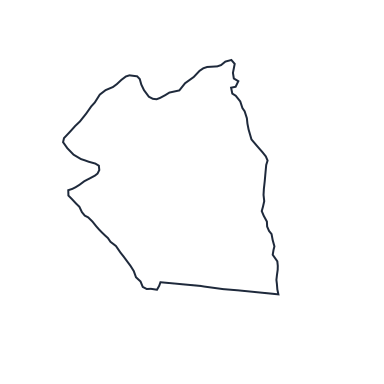 Santa Mônica, Paraná, Brazil, rotated 147°
{"feature_id": "56859067B36608698107987", "entity_name": "Santa Mônica", "entity_type": "district", "adm_level": 2, "iso_a3": "BRA", "parent_name": "Brazil", "parent_adm1": "Paraná", "projection": "robinson", "projection_center": [-53.11, -23.144], "detail": "fine", "context": "isolated", "style": "outline", "palette": "slate", "viewbox_px": 384, "rotation_deg": 147, "n_neighbors": 0, "source": "geoboundaries", "source_scale": "gbopen_adm2", "svg_char_len": 1681}
<svg xmlns="http://www.w3.org/2000/svg" viewBox="0 0 384 384"><g transform="rotate(147 192 192)"><path d="M175.3,59.1L173.5,63.8L170.8,68.8L169.1,72.3L165.8,76.3L162.5,80.1L160.3,83.3L158.2,87.4L158.5,95.4L155.1,99.1L152.5,101.5L150.5,107.8L148.2,113.4L148.6,117.4L147.8,122.1L145.3,126.4L144.8,133.0L143.9,138.0L140.4,141.1L136.4,145.0L133.6,150.6L130.0,155.5L125.0,161.6L120.7,167.1L115.0,174.3L111.5,177.2L110.7,181.6L111.2,186.8L112.5,195.9L113.5,203.7L110.5,213.6L108.3,219.1L105.8,224.0L103.9,231.0L104.0,234.9L102.2,241.7L102.9,248.9L104.6,252.6L102.4,258.2L98.1,256.5L92.8,259.7L95.1,264.4L92.8,269.6L86.4,276.2L87.1,281.3L93.0,283.2L98.5,282.6L102.4,283.6L111.2,288.6L115.1,289.6L119.7,289.5L127.9,287.5L138.6,287.0L147.3,284.1L156.8,287.7L161.7,287.8L167.6,288.3L171.2,289.1L174.1,291.5L176.3,295.4L176.8,303.6L176.0,309.7L174.3,315.2L175.0,318.9L180.9,323.9L184.5,324.9L190.1,324.5L196.3,323.4L201.1,323.1L209.0,324.5L216.3,323.9L224.8,320.0L229.8,318.7L238.0,315.4L247.6,312.2L254.0,311.0L260.2,309.3L270.0,306.9L273.0,304.0L272.7,296.5L271.0,287.8L267.2,280.1L264.7,277.0L262.2,273.7L257.6,268.5L255.8,264.8L257.8,260.9L261.2,258.9L264.5,258.6L276.4,259.7L282.5,259.3L287.1,259.4L290.7,259.8L294.8,260.9L297.6,256.3L296.6,251.6L295.5,245.4L294.5,240.9L295.3,235.1L294.8,230.6L292.9,227.3L291.6,221.5L291.0,215.4L290.4,211.3L289.6,207.2L288.6,202.9L287.6,199.2L287.5,194.6L285.2,188.1L285.0,180.2L284.5,174.8L284.2,169.8L283.8,163.4L283.9,157.4L285.4,151.0L283.9,145.0L285.0,139.2L282.8,135.3L279.2,133.2L274.6,129.1L270.6,131.2L267.6,133.5L235.7,108.3L233.2,106.0L229.6,102.9L218.8,93.6L207.0,84.5L175.3,59.1Z" fill="none" stroke="#1e293b" stroke-width="2"/></g></svg>